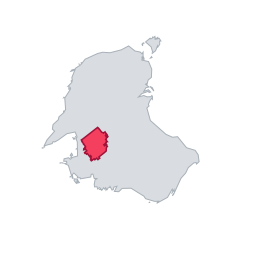 Barkly, Northern Territory, Australia shown in context, rotated 232°
{"feature_id": "25037944B87984246529450", "entity_name": "Barkly", "entity_type": "district", "adm_level": 2, "iso_a3": "AUS", "parent_name": "Australia", "parent_adm1": "Northern Territory", "projection": "natural_earth1", "projection_center": [135.185, -19.542], "detail": "fine", "context": "in_parent", "style": "filled", "palette": "rose", "viewbox_px": 256, "rotation_deg": 232, "n_neighbors": 0, "source": "geoboundaries", "source_scale": "gbopen_adm2", "svg_char_len": 5900}
<svg xmlns="http://www.w3.org/2000/svg" viewBox="0 0 256 256"><g transform="rotate(232 128 128)"><path d="M168.5,56.9L170.7,68.2L173.7,67.7L176.9,71.1L177.4,78.1L179.3,80.5L179.7,87.0L181.1,90.3L190.5,96.6L194.1,106.8L195.2,107.4L195.4,105.5L197.4,107.4L197.8,106.5L198.5,111.7L199.7,113.3L202.4,114.9L207.4,123.7L206.9,129.6L208.6,136.6L205.4,149.9L203.3,154.7L198.4,160.1L193.7,170.9L192.3,179.0L184.4,180.9L180.3,184.4L177.9,184.7L178.5,186.6L174.8,183.7L175.4,183.1L175.2,182.4L174.5,182.3L173.1,183.6L172.2,182.8L173.8,181.6L173.0,180.7L167.7,185.1L159.7,182.9L153.5,177.6L153.4,173.4L150.5,169.7L151.7,169.8L151.7,168.7L147.4,169.8L148.7,167.0L147.1,162.9L145.6,167.6L142.4,168.0L143.0,166.5L144.4,166.5L146.6,160.1L146.0,155.3L143.9,160.4L140.7,162.3L138.6,165.3L138.9,166.8L137.7,166.6L135.6,164.9L136.9,164.9L136.0,161.9L134.1,158.6L132.4,158.1L132.2,155.2L120.1,150.2L99.7,154.0L93.3,157.4L90.6,161.7L76.4,162.0L69.0,167.2L63.7,166.8L57.7,163.3L57.4,159.8L58.9,160.4L60.0,158.3L59.7,151.1L57.0,145.7L55.8,138.9L48.5,124.7L51.1,126.3L49.4,121.9L50.6,124.5L52.6,125.2L49.0,116.4L51.0,104.2L51.5,107.0L53.7,103.9L61.5,98.3L64.4,98.6L78.7,93.3L84.0,86.2L83.5,81.5L86.4,78.2L88.9,83.4L90.1,80.5L88.5,78.5L88.9,77.2L93.7,78.0L92.2,77.5L93.1,75.5L92.3,73.7L94.8,73.5L93.9,72.1L96.0,71.9L95.2,70.0L97.0,67.8L97.2,69.1L98.6,68.9L98.7,66.5L100.8,67.4L102.2,65.4L104.4,66.7L107.5,70.2L107.0,72.9L109.0,70.3L113.3,72.0L114.2,70.5L112.3,68.5L117.3,59.1L118.3,59.7L120.0,57.4L120.6,58.4L125.8,57.7L125.6,55.4L122.2,53.7L122.7,53.2L135.3,58.0L138.9,56.2L138.0,58.1L139.5,59.1L141.4,56.9L143.1,58.7L141.1,62.9L138.9,63.3L139.0,66.3L137.0,71.0L148.3,79.5L151.4,80.4L152.3,82.4L157.4,83.9L161.1,76.4L161.5,65.6L162.1,61.6L163.4,60.6L162.4,58.7L165.6,50.9L168.5,56.9ZM171.9,193.9L177.8,196.2L185.0,194.8L185.2,201.2L184.8,200.0L184.0,201.4L183.6,205.6L181.2,203.9L179.4,207.8L176.3,207.5L177.0,206.4L174.4,204.5L173.4,201.3L174.6,201.8L171.9,197.3L171.9,193.9ZM116.3,53.2L119.9,53.2L121.0,54.4L118.6,56.7L116.3,53.2ZM141.1,171.1L147.2,171.0L144.6,172.0L141.1,171.1ZM142.1,65.7L142.8,68.0L140.6,67.6L140.9,65.9L142.1,65.7ZM207.0,122.7L207.0,120.0L207.9,117.8L208.3,119.4L207.0,122.7ZM183.6,190.1L185.5,190.6L185.6,191.5L183.6,190.1ZM115.9,53.9L117.2,56.2L114.9,56.1L115.9,53.9ZM169.8,190.5L168.7,190.3L169.3,188.7L169.8,190.5ZM154.2,78.6L153.1,79.3L152.0,79.7L152.5,78.3L154.2,78.6ZM48.4,124.1L47.5,122.8L47.4,121.6L47.5,121.6L48.4,124.1ZM185.1,192.4L185.8,193.0L184.4,192.5L185.1,192.4ZM199.3,112.1L200.1,112.1L200.0,113.2L199.3,112.1ZM180.0,86.9L181.0,87.6L180.8,88.0L180.0,86.9ZM181.0,206.2L181.1,207.3L180.3,206.9L181.0,206.2ZM208.2,130.6L208.2,132.0L208.2,130.6ZM125.5,53.1L124.9,52.5L125.2,52.2L125.5,53.1ZM142.2,53.2L141.4,54.4L142.4,52.4L142.2,53.2ZM208.4,128.8L207.9,129.3L208.2,128.8L208.4,128.8ZM143.5,74.5L143.0,74.7L143.3,74.2L143.5,74.5ZM140.3,65.6L139.7,65.7L140.1,65.0L140.3,65.6ZM56.4,98.4L56.3,99.3L56.0,99.3L56.4,98.4ZM164.5,50.4L164.5,51.2L164.3,50.6L164.5,50.4ZM174.5,182.7L174.6,183.2L174.4,183.1L174.5,182.7ZM141.1,54.7L139.9,55.5L141.2,54.5L141.1,54.7ZM95.3,68.8L94.9,69.4L95.1,68.8L95.3,68.8ZM181.5,205.5L181.1,205.7L181.3,205.3L181.5,205.5ZM153.6,81.3L153.0,81.3L153.3,80.8L153.6,81.3ZM92.9,73.0L92.6,73.4L92.6,72.6L92.9,73.0ZM184.5,203.3L183.9,203.6L184.1,203.0L184.5,203.3ZM165.0,48.2L164.9,48.8L164.5,48.5L165.0,48.2ZM174.1,183.4L174.6,183.9L173.8,183.7L174.1,183.4ZM191.7,96.5L191.3,96.5L191.5,95.9L191.7,96.5ZM195.0,105.5L194.8,105.5L195.0,105.0L195.0,105.5ZM172.2,193.1L172.0,193.5L171.9,193.0L172.2,193.1Z" fill="#d9dde1" stroke="#a8b0b8" stroke-width="1"/><path d="M147.2,100.9L147.2,99.8L147.2,99.5L147.2,99.0L147.2,98.7L147.2,98.0L147.2,97.8L147.2,96.8L147.2,96.3L147.2,95.0L147.2,94.7L147.2,93.6L147.2,92.6L147.2,91.8L147.2,91.6L147.2,91.4L147.2,91.2L147.2,90.9L147.2,90.7L147.2,90.3L147.2,90.2L147.2,89.5L147.2,88.9L147.2,88.6L147.2,86.5L147.2,86.0L147.2,85.6L147.3,84.6L147.3,83.8L146.9,83.8L146.0,83.8L145.6,83.8L145.6,83.7L145.6,83.3L145.0,83.3L143.7,83.3L143.2,83.3L142.5,83.3L142.5,83.0L141.3,83.1L140.0,83.1L139.4,83.0L139.4,82.5L139.4,82.1L138.7,82.1L138.7,81.5L138.7,80.7L138.9,80.5L138.3,79.9L138.3,80.7L138.2,80.7L137.9,80.7L137.5,80.7L137.5,81.5L136.8,81.5L135.9,81.5L135.4,81.5L135.4,81.3L135.4,80.9L135.4,80.0L135.4,78.6L135.1,78.5L134.5,78.5L134.5,79.2L133.3,79.2L132.9,79.2L132.9,80.2L131.9,80.2L130.7,80.2L129.4,80.2L129.4,81.2L129.4,81.5L128.9,81.5L128.7,81.5L128.2,81.5L128.2,81.3L128.1,81.2L127.9,81.2L127.9,80.2L127.7,80.2L126.9,80.2L126.9,79.9L126.4,79.9L126.0,79.9L126.0,79.7L126.0,78.9L125.1,78.9L124.7,78.9L124.6,79.6L124.6,81.0L124.6,82.3L123.4,82.3L123.4,83.7L123.5,83.7L123.5,84.8L122.2,84.8L121.6,84.8L121.6,85.1L121.6,86.5L121.6,87.2L121.9,87.2L123.1,87.2L123.1,87.9L123.1,89.3L123.1,90.7L123.1,90.9L123.1,92.1L123.1,93.6L123.2,95.0L123.2,96.4L123.8,97.1L124.2,97.4L125.2,98.3L126.1,99.3L126.1,100.0L126.1,100.3L127.4,100.3L127.7,100.3L127.7,100.9L128.4,100.9L128.4,100.1L128.4,99.5L128.4,98.6L129.7,98.6L129.7,99.6L129.7,99.9L129.8,101.0L129.8,101.9L130.2,101.9L130.2,102.7L130.3,102.7L130.7,102.7L130.7,102.8L130.5,103.0L130.4,103.2L130.3,103.3L131.6,103.3L132.0,103.3L132.3,103.3L132.6,103.3L132.6,104.0L132.8,104.0L133.2,104.5L133.3,104.5L133.6,105.0L133.5,105.3L133.4,105.4L133.3,105.5L133.3,105.8L133.3,106.0L133.5,106.2L133.6,106.4L133.7,106.6L133.6,106.8L133.7,107.0L134.4,107.0L134.7,107.0L134.7,106.9L134.7,105.5L135.6,105.5L135.8,105.5L135.8,106.4L135.7,106.8L135.7,107.4L136.1,107.4L136.7,107.4L136.7,107.2L137.0,106.9L137.6,107.4L137.8,107.4L138.2,107.4L138.6,107.5L138.8,107.3L139.1,107.4L139.1,106.0L139.1,105.5L139.8,105.5L139.9,105.4L140.0,105.3L140.1,105.2L140.3,105.0L140.5,104.9L140.8,104.7L141.0,104.6L142.0,104.7L143.2,104.7L144.0,104.7L144.5,104.7L145.9,104.7L145.9,104.4L147.2,104.4L147.2,104.2L147.2,103.7L147.2,103.4L147.2,103.2L147.2,102.3L147.2,100.9Z" fill="#f43f5e" stroke="#9f1239" stroke-width="1.5"/></g></svg>